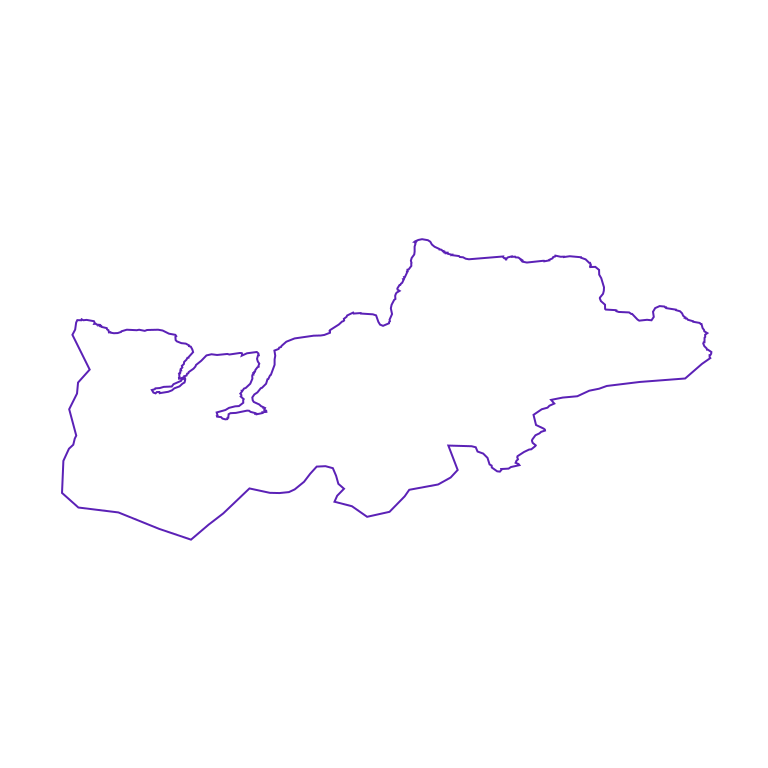 Vik nor, Sogn og Fjordane, Norway, rotated 356°
{"feature_id": "86288312B68620067445368", "entity_name": "Vik nor", "entity_type": "district", "adm_level": 2, "iso_a3": "NOR", "parent_name": "Norway", "parent_adm1": "Sogn og Fjordane", "projection": "natural_earth1", "projection_center": [6.553, 61.028], "detail": "fine", "context": "isolated", "style": "outline", "palette": "violet", "viewbox_px": 768, "rotation_deg": 356, "n_neighbors": 0, "source": "geoboundaries", "source_scale": "gbopen_adm2", "svg_char_len": 6132}
<svg xmlns="http://www.w3.org/2000/svg" viewBox="0 0 768 768"><g transform="rotate(356 384 384)"><path d="M180.6,525.8L199.2,512.1L214.6,501.9L242.5,478.8L262.5,484.6L272.1,485.5L281.6,485.2L287.6,482.9L297.4,476.0L304.1,468.4L311.1,461.7L319.9,461.9L327.1,464.4L329.8,472.2L331.5,480.4L336.8,485.7L329.5,492.2L326.4,498.0L343.5,503.7L357.9,515.3L380.6,511.9L396.8,497.5L401.8,491.3L431.0,488.0L444.0,481.9L451.5,474.9L443.9,449.9L467.1,452.2L471.1,453.5L472.6,457.9L478.1,460.3L482.1,464.9L483.7,471.6L485.7,472.9L485.7,474.8L490.8,479.0L493.5,479.5L495.2,477.8L495.0,477.0L502.4,477.1L504.8,475.7L513.4,474.4L512.6,473.2L509.8,471.8L510.8,469.8L512.4,468.5L511.8,466.3L512.2,465.3L518.9,461.6L524.2,459.5L526.4,459.4L530.6,456.5L531.1,455.8L528.2,453.1L527.6,450.9L528.1,449.7L531.5,445.7L535.6,444.1L537.4,442.7L541.4,441.7L541.3,440.7L540.1,439.6L532.8,435.5L531.0,425.2L539.6,420.2L545.5,419.0L547.5,417.2L552.5,415.4L549.6,411.5L561.4,410.0L576.0,409.7L588.3,405.0L598.3,403.7L606.1,401.5L639.3,399.8L684.8,399.5L702.6,386.1L711.3,380.9L710.7,379.9L710.8,377.9L711.6,377.9L712.5,376.6L712.8,374.9L709.4,372.3L708.6,372.3L708.3,371.0L706.2,368.6L705.3,365.9L705.8,364.7L706.6,364.7L707.0,360.2L707.7,359.5L707.8,357.2L710.1,355.8L707.2,353.8L707.0,352.4L705.7,350.4L704.9,346.3L704.1,346.3L703.2,345.1L696.8,343.5L696.8,343.0L691.6,341.1L690.8,339.9L689.6,339.7L689.5,338.9L688.7,338.9L688.9,338.4L687.2,336.8L686.3,334.3L684.4,332.1L680.4,330.7L680.4,330.2L670.8,328.0L670.8,327.2L669.6,327.0L669.2,326.3L664.4,325.5L659.8,327.2L657.4,330.7L657.8,335.9L655.3,339.1L650.9,338.3L643.0,338.6L641.4,337.4L636.4,331.4L635.6,331.4L633.5,329.7L623.2,328.5L621.2,327.7L621.1,327.0L620.4,327.0L620.3,326.5L610.4,325.2L609.8,324.5L610.0,320.3L606.2,316.5L605.3,313.8L605.4,312.9L608.8,309.3L609.8,306.3L610.2,302.9L608.1,293.6L606.3,289.9L606.5,285.2L603.0,281.9L597.0,281.7L598.4,281.2L598.1,280.2L597.3,280.3L598.7,279.7L598.0,277.5L597.2,277.5L593.8,273.7L589.4,271.8L589.4,271.3L578.2,269.5L572.3,269.9L572.3,269.5L569.1,269.4L563.9,267.9L563.6,268.7L561.6,269.2L560.9,270.4L557.4,271.7L557.5,272.2L552.4,272.8L552.3,272.3L551.1,272.2L535.0,272.8L530.6,271.6L529.3,269.9L530.1,269.8L526.8,267.2L524.0,266.8L523.6,266.1L520.4,266.1L520.4,265.6L516.5,266.3L515.0,267.3L514.7,268.3L514.2,268.3L513.4,266.8L512.6,266.8L511.5,265.6L511.7,265.1L477.4,265.5L474.2,264.7L471.7,263.1L468.5,262.6L467.7,261.6L461.3,260.3L461.3,259.8L460.1,260.1L460.1,259.6L456.9,258.6L456.8,257.9L455.6,257.9L456.0,257.4L453.6,257.2L453.6,256.3L452.8,256.3L452.7,255.5L451.9,255.6L450.7,254.1L448.7,253.7L448.7,253.2L444.0,250.6L441.5,248.2L440.1,245.3L437.8,243.6L432.1,242.2L428.3,242.7L425.7,243.6L425.4,244.5L424.5,244.3L425.4,243.6L424.2,244.4L425.6,244.8L424.9,245.5L425.2,246.3L424.1,249.1L423.8,254.0L423.2,256.9L420.4,260.2L419.4,262.9L419.9,265.1L419.6,265.4L419.5,268.1L416.6,271.4L415.4,271.6L415.5,273.3L414.7,273.4L414.6,274.7L412.3,278.8L411.5,278.8L411.7,279.6L411.2,280.8L410.4,280.8L410.7,281.6L409.2,284.3L407.9,285.1L407.2,286.3L406.4,286.3L404.0,289.6L404.1,290.8L406.0,292.2L402.9,293.8L402.0,295.1L401.3,296.8L401.3,300.0L400.0,300.8L397.1,305.5L396.1,309.0L396.9,314.8L394.0,320.3L394.3,321.8L393.4,322.6L393.2,323.8L387.1,325.9L384.2,324.5L382.7,321.6L380.9,315.0L377.7,313.7L365.8,312.1L365.7,311.6L357.8,311.6L358.6,311.3L358.2,310.6L352.0,313.1L351.3,314.4L348.5,316.2L348.7,317.7L348.0,318.4L346.5,318.8L343.1,321.5L333.9,326.5L333.4,327.2L333.8,327.6L333.7,329.1L327.9,330.9L324.3,331.2L317.2,330.9L298.0,332.3L289.5,335.0L284.4,338.9L283.9,339.9L282.0,340.4L281.3,341.7L277.0,343.0L277.5,348.2L276.6,351.7L276.2,357.2L271.8,367.0L270.9,367.5L268.9,371.0L268.1,371.1L266.4,375.5L262.0,379.3L260.8,379.6L257.1,383.6L253.9,385.4L251.7,388.2L251.9,391.1L252.8,392.8L258.1,395.7L259.9,397.6L262.2,398.8L262.0,399.3L263.6,399.7L262.7,401.5L264.6,402.4L264.7,403.6L260.7,403.7L260.8,404.5L254.9,405.3L254.9,404.9L253.5,404.8L253.7,404.1L248.9,402.5L247.6,401.3L245.6,401.0L234.3,402.5L228.8,402.4L226.9,403.3L226.3,406.8L225.5,406.8L225.2,408.1L223.3,408.2L220.4,407.2L219.2,405.7L215.2,404.9L215.1,404.4L215.9,404.4L215.1,400.7L224.0,398.9L227.7,397.0L233.9,395.9L237.8,395.9L242.3,392.9L242.4,390.2L243.0,389.3L240.2,386.5L240.9,385.8L240.8,384.5L240.0,383.6L241.8,381.6L241.6,380.8L242.4,380.8L244.0,378.8L245.8,378.3L250.6,374.4L253.1,369.5L253.1,366.7L253.6,365.5L254.4,365.5L254.3,364.0L255.1,364.0L255.4,362.8L256.2,362.7L256.7,361.0L258.9,358.5L260.2,358.0L260.0,357.2L261.0,355.0L259.7,352.8L259.1,350.1L260.3,346.6L261.1,346.6L260.8,344.7L259.3,343.2L249.5,343.8L244.1,345.8L244.6,344.6L244.3,343.3L242.4,343.0L231.8,343.8L229.8,343.1L219.5,343.4L214.0,342.3L208.9,343.1L203.3,348.1L197.8,351.9L197.1,353.4L195.1,355.4L190.0,358.5L189.5,359.7L188.3,360.0L187.6,361.8L185.3,362.3L186.1,365.2L185.5,365.8L185.8,366.6L185.1,368.6L183.0,369.6L179.9,372.1L174.5,373.7L172.1,375.5L168.3,376.7L159.6,377.5L159.4,376.3L156.8,376.2L155.5,377.4L153.4,376.5L152.0,373.8L155.0,373.2L155.6,372.4L160.0,372.4L164.1,371.5L172.1,371.7L174.0,369.5L181.8,366.7L182.4,365.5L183.9,364.9L184.6,363.7L184.2,363.4L183.0,363.8L183.1,364.3L179.9,364.4L179.9,363.2L180.6,362.7L180.3,360.5L181.2,359.2L180.6,359.0L181.7,357.7L181.8,356.2L182.6,356.2L182.3,354.8L184.0,353.5L183.6,351.8L185.7,350.2L186.2,348.0L188.6,346.0L189.7,344.2L190.8,344.2L191.0,343.5L195.8,338.9L195.2,336.2L193.9,333.3L192.1,332.6L192.2,331.9L189.1,329.9L184.7,329.1L180.3,327.0L179.2,325.6L179.2,322.4L180.1,321.8L179.3,320.4L173.0,318.8L166.9,315.2L162.5,314.1L151.4,313.6L149.1,314.3L143.5,312.8L141.1,313.1L131.2,311.9L125.8,313.1L125.4,313.7L121.9,314.6L118.0,314.5L114.8,313.7L114.7,313.2L113.2,313.3L112.9,311.2L111.6,310.2L111.3,308.9L106.1,307.3L106.0,306.3L104.8,306.4L104.8,305.6L103.6,305.6L104.0,305.1L101.6,304.7L100.7,303.8L99.1,303.8L99.7,302.8L99.0,301.1L91.8,299.3L88.5,299.4L86.9,298.4L86.5,299.3L82.5,298.9L81.2,301.2L79.7,308.2L76.6,313.2L91.4,349.1L78.9,361.2L77.1,372.1L68.2,387.2L73.4,414.0L71.7,416.9L69.8,422.9L65.2,426.6L58.8,438.3L55.2,470.2L70.5,485.9L110.1,493.6L149.7,512.9L180.6,525.8Z" fill="none" stroke="#5b21b6" stroke-width="2"/></g></svg>